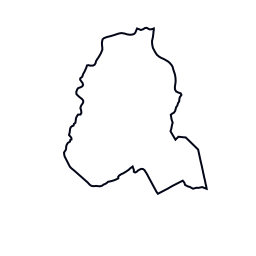 outline of Bequimão, Maranhão, Brazil, rotated 332°
{"feature_id": "56859067B49205705697015", "entity_name": "Bequimão", "entity_type": "district", "adm_level": 2, "iso_a3": "BRA", "parent_name": "Brazil", "parent_adm1": "Maranhão", "projection": "natural_earth1", "projection_center": [-44.779, -2.445], "detail": "fine", "context": "isolated", "style": "outline", "palette": "ink", "viewbox_px": 256, "rotation_deg": 332, "n_neighbors": 0, "source": "geoboundaries", "source_scale": "gbopen_adm2", "svg_char_len": 2773}
<svg xmlns="http://www.w3.org/2000/svg" viewBox="0 0 256 256"><g transform="rotate(332 128 128)"><path d="M197.5,52.2L196.1,52.1L194.7,51.7L193.3,51.0L192.3,49.5L191.5,48.3L189.9,47.7L187.7,47.9L185.4,47.5L183.9,45.7L182.7,44.4L180.5,46.2L179.4,47.1L177.8,47.8L176.0,47.6L174.6,47.1L173.2,46.4L171.2,44.9L169.0,42.7L166.6,41.0L164.3,40.3L161.7,39.8L160.3,39.6L158.7,39.3L155.3,38.6L153.0,38.0L151.0,37.6L148.8,37.4L147.2,37.8L145.7,39.5L144.5,41.4L143.9,42.8L143.2,44.6L142.2,46.7L140.8,47.9L139.5,49.0L137.9,50.1L135.1,51.8L133.3,52.7L131.0,54.1L129.8,55.5L128.3,56.4L126.5,56.5L123.9,55.2L122.7,54.0L121.2,53.5L119.3,55.3L116.1,57.8L114.0,59.1L113.0,60.0L111.6,61.3L109.2,61.7L108.4,62.9L108.6,64.5L109.0,66.8L108.6,68.8L107.4,69.7L105.4,69.8L104.1,69.6L102.7,69.4L101.4,70.0L99.4,71.7L98.4,73.8L98.9,75.7L99.5,77.4L100.1,78.8L101.1,81.1L101.3,82.8L100.4,84.4L99.3,85.1L96.9,86.4L95.2,88.2L95.1,89.8L94.6,91.2L93.9,92.8L92.4,93.8L90.1,92.7L87.8,94.0L86.4,95.3L85.4,96.8L84.0,98.7L82.2,99.0L81.0,100.3L79.2,100.1L77.7,100.5L76.4,101.7L75.5,103.0L74.2,104.8L72.6,106.5L73.0,108.1L73.4,109.9L72.7,111.6L71.4,111.5L70.3,112.8L67.9,112.9L65.8,114.2L64.4,115.8L63.6,117.3L62.3,118.4L60.0,119.6L59.3,121.3L58.7,123.3L58.5,134.9L59.1,137.0L60.5,140.3L66.8,157.1L67.3,159.1L67.8,160.7L68.9,162.3L70.5,163.3L72.7,164.2L75.6,166.2L77.8,166.8L79.9,166.5L82.0,166.7L83.8,166.5L85.1,166.1L87.3,166.8L89.9,167.4L92.6,167.8L95.8,167.9L96.5,166.4L98.0,165.8L100.8,165.6L102.5,165.8L105.7,165.6L107.6,165.4L109.2,165.2L110.7,164.7L114.0,164.2L113.7,166.0L113.5,167.8L112.6,169.4L113.5,170.7L115.3,170.7L117.0,170.2L119.0,170.2L120.5,170.3L122.0,171.3L122.8,173.0L122.9,174.8L123.1,176.8L123.1,183.7L123.2,197.6L123.5,200.1L134.7,200.2L139.9,200.0L151.6,200.2L152.1,202.7L151.7,205.1L153.7,208.0L154.8,208.9L155.9,210.6L156.9,212.1L158.9,212.6L160.5,212.9L161.9,213.9L164.4,214.6L165.8,215.0L167.8,217.4L168.9,218.6L169.8,215.8L170.4,213.4L171.4,210.2L172.0,207.7L175.6,195.1L176.2,192.7L176.9,190.2L177.4,188.4L178.2,185.6L179.8,179.9L174.5,163.4L172.7,162.3L171.4,161.4L168.4,159.4L164.4,160.6L164.0,150.8L165.6,149.3L167.1,147.5L168.3,145.9L169.9,144.4L170.5,140.9L171.4,138.2L172.0,136.4L173.4,136.1L175.8,136.0L177.6,135.1L179.0,133.6L180.3,132.2L181.9,131.5L183.9,129.5L185.6,128.6L186.8,126.8L188.1,125.2L190.7,123.9L190.8,122.2L188.9,120.1L187.6,118.2L187.6,115.9L188.7,113.7L191.2,110.3L192.0,109.1L193.2,106.6L194.0,104.6L194.6,102.5L195.0,100.4L195.3,98.5L195.7,96.4L196.1,95.0L196.0,92.9L195.4,90.1L194.4,87.7L193.2,85.8L192.4,84.5L191.5,83.3L190.2,81.6L188.9,79.5L187.9,76.9L187.6,73.9L187.6,71.3L187.6,69.0L188.4,66.1L189.2,64.2L190.0,62.5L191.0,61.4L192.6,59.5L193.8,57.8L194.9,56.3L195.7,54.9L196.8,53.6L197.5,52.2Z" fill="none" stroke="#020617" stroke-width="2"/></g></svg>